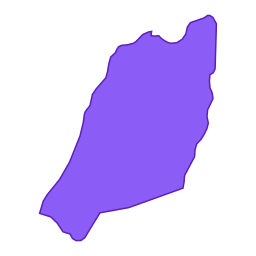 the District of Adjumani
{"feature_id": "UGA-3079", "entity_name": "Adjumani", "entity_type": "District", "adm_level": 1, "iso_a3": "UGA", "parent_name": "Uganda", "parent_adm1": "", "projection": "natural_earth1", "projection_center": [31.782, 3.228], "detail": "fine", "context": "isolated", "style": "filled", "palette": "violet", "viewbox_px": 256, "rotation_deg": 0, "n_neighbors": 0, "source": "natural_earth", "source_scale": "10m", "svg_char_len": 1002}
<svg xmlns="http://www.w3.org/2000/svg" viewBox="0 0 256 256"><path d="M207.7,15.4L209.9,15.5L212.9,17.4L216.4,23.8L216.4,24.0L215.1,68.8L213.3,72.7L209.9,74.8L209.4,81.2L210.0,87.8L212.3,93.3L213.0,98.6L207.6,109.9L207.0,116.5L208.3,123.2L206.8,129.0L204.0,134.6L200.8,139.6L196.7,143.9L195.0,149.9L194.6,156.6L184.6,175.4L184.1,181.8L183.0,188.1L128.7,207.6L100.0,212.8L91.6,226.4L84.8,237.7L81.0,240.5L76.0,240.6L72.5,238.5L70.1,234.1L63.0,231.8L57.3,223.2L50.8,216.9L39.6,213.4L43.2,201.3L47.2,194.7L59.5,179.6L69.5,162.2L72.8,154.0L80.0,136.0L83.2,122.8L84.4,114.3L85.2,111.9L86.6,109.7L88.5,107.6L90.1,105.2L92.4,94.4L96.4,88.6L105.8,77.8L107.5,71.9L108.8,63.9L110.7,57.0L115.4,52.7L116.7,49.7L118.5,46.8L121.4,45.4L127.4,44.8L133.5,43.3L136.2,41.4L142.8,34.5L148.5,32.0L151.6,31.4L151.0,35.5L153.8,36.1L158.7,35.7L161.1,38.2L164.2,40.5L167.5,42.3L170.7,43.3L176.8,42.7L182.2,39.3L185.9,33.8L187.4,27.0L190.4,22.6L204.1,17.9L207.7,15.4Z" fill="#8b5cf6" stroke="#5b21b6" stroke-width="1.5"/></svg>